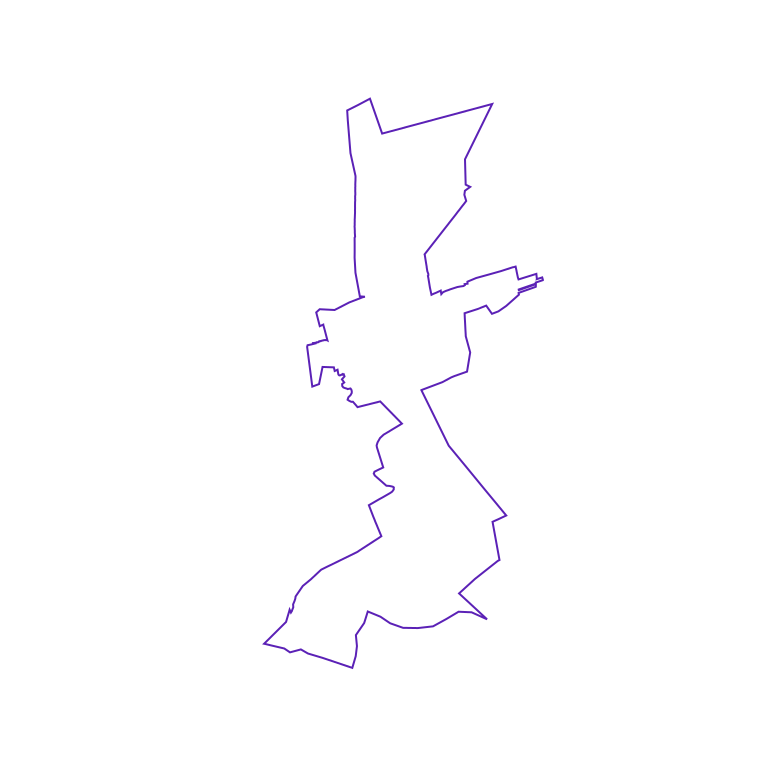 Villa de Zaachila, Oaxaca, Mexico (Equal Earth projection), rotated 240°
{"feature_id": "50627088B50064037366577", "entity_name": "Villa de Zaachila", "entity_type": "district", "adm_level": 2, "iso_a3": "MEX", "parent_name": "Mexico", "parent_adm1": "Oaxaca", "projection": "equal_earth", "projection_center": [-96.753, 16.954], "detail": "fine", "context": "isolated", "style": "outline", "palette": "violet", "viewbox_px": 768, "rotation_deg": 240, "n_neighbors": 0, "source": "geoboundaries", "source_scale": "gbopen_adm2", "svg_char_len": 4882}
<svg xmlns="http://www.w3.org/2000/svg" viewBox="0 0 768 768"><g transform="rotate(240 384 384)"><path d="M177.6,193.8L154.0,214.6L162.4,223.4L170.5,229.5L180.6,234.1L186.9,247.3L191.1,251.9L195.1,256.2L188.1,261.6L184.2,264.6L173.7,269.7L163.3,278.6L155.7,291.3L149.6,305.3L149.3,320.8L149.5,334.7L142.5,345.7L128.7,355.6L165.1,344.3L169.7,365.3L173.9,394.0L173.8,396.0L210.4,409.1L209.7,415.7L209.0,424.1L227.0,421.1L242.3,418.5L269.7,414.0L298.2,409.2L334.1,411.6L360.0,413.3L360.0,413.6L356.4,435.5L356.1,445.6L355.9,447.1L355.8,447.9L355.6,449.3L355.4,450.3L355.2,451.2L355.1,452.0L354.9,453.0L353.2,462.1L368.2,474.4L384.5,478.7L386.2,479.6L389.6,481.3L397.4,485.3L400.2,486.7L405.0,489.2L402.1,502.6L400.8,511.7L390.8,512.6L389.7,519.4L390.5,528.9L393.9,545.5L395.6,546.1L392.3,563.9L392.3,564.1L394.5,565.4L397.9,547.7L398.0,547.7L398.2,547.8L398.3,547.8L398.5,547.9L395.1,565.4L395.0,565.6L396.0,566.1L394.5,573.5L394.8,573.7L397.2,574.3L398.4,568.8L398.5,568.9L403.2,571.0L407.3,552.8L409.7,553.3L409.9,553.4L415.1,555.1L415.6,555.3L419.9,556.7L420.0,556.4L420.2,555.2L420.7,553.9L423.3,541.7L426.3,529.9L429.7,516.8L430.9,507.4L429.1,506.5L430.2,503.8L429.2,503.5L429.1,501.8L430.3,498.8L431.3,496.0L431.8,493.7L432.9,488.5L433.1,487.0L433.7,484.0L433.9,481.9L434.0,481.0L433.8,480.4L433.2,478.6L436.5,479.8L436.5,479.5L436.6,478.7L436.8,476.8L436.9,475.4L437.0,474.5L437.1,473.7L437.3,472.4L437.4,471.4L437.5,469.7L444.6,472.0L453.6,475.4L455.7,476.1L455.8,476.6L457.1,477.4L460.0,477.9L463.9,479.4L464.0,479.5L469.3,481.5L475.8,484.0L476.0,484.0L480.4,494.9L487.9,513.5L490.5,520.0L490.7,520.4L494.7,530.4L496.4,534.4L496.8,535.5L497.2,536.5L497.7,537.7L498.1,538.6L498.5,539.6L499.0,540.8L499.8,542.9L501.4,546.7L507.7,548.2L510.9,550.7L511.6,557.2L515.8,554.4L538.1,566.5L572.4,617.7L601.8,507.6L638.1,514.5L638.6,500.7L639.3,488.9L630.5,484.5L600.7,470.4L578.6,463.4L577.6,462.9L575.8,461.8L574.6,461.1L573.4,460.3L572.1,459.5L571.5,459.1L570.6,458.6L569.5,458.0L568.5,457.3L567.9,457.0L567.0,456.5L566.4,456.1L565.2,455.4L564.2,454.9L563.3,454.4L562.6,454.0L562.1,453.7L561.1,452.9L559.8,452.2L559.0,451.7L558.0,451.2L557.3,450.8L556.0,449.9L553.8,448.6L552.1,447.6L551.0,447.0L550.0,446.4L548.9,445.7L548.1,445.3L547.1,444.7L546.1,444.1L545.2,443.5L543.9,442.7L543.3,442.3L542.3,441.7L541.3,441.0L539.5,440.0L538.7,439.5L537.9,439.0L536.8,438.4L536.0,437.9L535.0,437.2L533.9,436.7L532.8,436.1L531.8,435.6L530.7,435.0L529.7,434.4L526.0,432.6L525.4,431.7L520.1,428.7L513.0,424.6L508.1,421.7L494.6,414.9L472.0,406.9L469.1,411.1L469.8,408.9L472.0,394.8L472.8,378.2L480.9,365.7L479.9,361.1L466.2,357.3L465.8,361.1L465.3,360.9L459.8,359.5L459.5,359.4L450.4,356.9L450.0,356.8L450.6,356.4L450.8,356.2L450.9,355.9L451.1,355.7L451.3,355.4L451.3,355.2L451.4,354.9L451.6,354.7L451.8,354.4L451.9,354.1L452.0,354.0L452.0,353.7L452.1,353.4L452.2,353.1L452.2,352.9L452.4,352.6L452.4,352.3L452.5,352.1L452.6,351.8L452.7,351.5L452.7,351.2L452.7,350.7L452.8,350.4L453.1,350.2L453.1,349.9L453.2,349.6L453.3,349.4L453.4,349.1L453.1,348.8L453.0,348.4L453.1,348.2L453.1,347.9L453.1,347.6L453.3,347.4L453.4,347.1L453.7,346.9L453.7,346.7L453.8,346.4L453.9,346.1L453.8,345.8L453.8,345.5L453.9,345.2L454.0,344.9L454.2,344.7L454.3,344.4L454.4,344.2L454.5,343.9L454.6,343.7L454.7,343.4L454.8,343.2L455.0,343.0L455.1,342.7L455.1,342.4L455.2,342.1L453.9,343.3L454.6,340.8L455.8,337.2L454.6,336.0L417.6,320.6L416.4,327.7L427.0,337.1L429.5,339.3L424.8,346.8L423.5,348.9L421.5,348.3L419.9,347.8L419.7,349.4L419.7,349.9L419.6,350.9L417.9,350.3L416.1,349.6L415.7,349.5L415.2,349.3L414.8,349.3L414.6,349.3L413.8,349.6L413.4,350.5L413.3,352.5L413.3,353.0L412.8,352.9L412.6,354.0L410.3,353.6L409.1,349.9L405.2,350.3L404.9,347.7L403.0,346.8L401.3,347.1L399.8,348.3L398.6,349.5L397.8,349.9L396.9,352.7L395.5,352.9L393.9,352.5L392.4,351.6L391.1,349.5L390.3,346.5L388.6,344.6L386.6,345.6L384.9,346.8L384.2,348.2L379.7,349.1L377.2,349.5L370.8,372.0L340.7,379.7L340.3,358.3L339.2,353.6L336.7,349.3L334.5,346.9L332.7,346.2L312.1,341.6L312.5,336.8L312.8,331.9L312.2,331.2L311.5,330.3L310.4,330.4L309.5,330.2L294.7,335.2L293.1,337.6L291.6,339.3L290.6,340.3L289.5,340.8L288.7,340.2L287.8,339.7L287.3,338.6L286.8,337.5L286.7,337.2L286.6,336.2L286.5,334.8L286.5,334.2L286.5,333.2L286.5,332.3L286.5,331.4L286.5,326.3L286.6,322.2L286.6,317.9L286.6,310.3L279.6,309.2L274.5,308.4L273.8,308.3L271.4,308.0L269.0,307.6L264.8,307.1L263.5,306.9L253.5,305.6L253.2,301.4L253.0,296.9L252.1,279.7L251.9,277.3L251.9,276.8L253.9,247.3L254.2,243.5L254.6,236.9L254.4,235.8L253.3,231.1L251.9,225.0L251.5,223.4L251.3,222.3L249.7,212.7L244.2,201.2L242.4,199.8L240.8,198.0L238.6,195.1L236.0,193.8L234.0,191.3L233.5,190.8L232.6,189.1L235.7,189.4L234.5,188.2L231.0,184.5L226.9,180.2L219.0,150.3L218.2,151.2L214.0,155.6L204.8,165.4L198.6,168.4L195.7,179.3L188.6,183.4L177.6,193.8Z" fill="none" stroke="#5b21b6" stroke-width="2"/></g></svg>